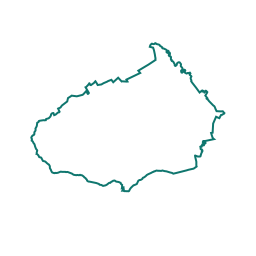 outline of Remetea, Harghita, Romania, rotated 334°
{"feature_id": "2599482B72781380218321", "entity_name": "Remetea", "entity_type": "district", "adm_level": 2, "iso_a3": "ROU", "parent_name": "Romania", "parent_adm1": "Harghita", "projection": "mercator", "projection_center": [25.391, 46.802], "detail": "fine", "context": "isolated", "style": "outline", "palette": "teal", "viewbox_px": 256, "rotation_deg": 334, "n_neighbors": 0, "source": "geoboundaries", "source_scale": "gbopen_adm2", "svg_char_len": 5773}
<svg xmlns="http://www.w3.org/2000/svg" viewBox="0 0 256 256"><g transform="rotate(334 128 128)"><path d="M100.8,185.1L101.5,185.0L102.8,183.9L104.5,183.0L107.9,181.9L108.5,182.1L111.3,182.2L114.2,179.9L115.5,179.8L116.2,180.1L117.1,180.2L118.0,180.1L118.6,180.0L119.2,179.5L119.7,179.3L120.9,179.4L122.9,179.0L124.2,178.5L126.0,178.4L129.2,178.5L130.8,178.4L131.9,178.6L132.4,178.4L133.4,178.7L133.7,178.6L135.1,178.8L136.3,179.7L136.9,179.9L138.1,180.6L139.0,181.1L140.3,181.3L142.0,182.8L143.4,183.7L144.3,184.5L146.2,186.3L147.9,187.7L148.7,188.9L151.3,189.5L161.8,191.7L164.2,192.1L169.2,193.3L172.8,192.7L173.0,191.6L174.4,188.8L174.7,188.1L175.8,183.2L176.2,182.2L176.3,182.2L178.3,184.3L180.2,185.2L180.7,185.2L182.7,183.0L184.5,181.6L184.3,181.1L184.5,181.0L184.6,180.8L185.0,180.6L184.9,180.4L185.0,179.8L184.4,179.3L184.1,178.8L184.4,177.9L184.7,177.4L184.7,177.0L184.8,176.5L185.2,176.4L185.5,176.6L185.9,177.0L186.2,177.0L186.5,176.3L187.4,175.5L187.7,175.3L187.9,175.4L187.9,176.2L188.2,176.7L188.5,176.8L188.8,176.7L189.0,176.4L189.3,175.8L189.3,175.3L189.6,175.0L190.1,175.1L190.5,175.7L191.0,175.6L191.2,175.1L191.0,174.7L190.8,174.6L190.5,174.4L190.4,174.5L189.9,174.6L189.7,174.4L189.6,174.2L189.2,174.1L189.0,173.8L189.0,173.6L189.2,173.3L190.0,172.7L191.6,173.5L200.4,175.7L200.0,174.9L199.8,173.6L200.1,171.4L200.5,168.9L202.0,169.3L206.5,161.3L212.1,156.5L213.4,158.1L214.4,159.2L217.3,157.1L218.5,157.4L220.2,157.1L220.8,156.9L221.1,157.3L221.5,157.6L221.3,157.2L220.9,156.1L220.5,154.5L218.8,153.8L215.0,151.7L215.0,150.3L215.0,149.6L215.2,147.0L215.1,146.2L214.5,145.1L212.5,139.0L212.5,138.3L211.6,136.2L212.4,136.0L211.7,132.8L214.3,131.1L215.0,130.5L214.7,129.5L214.3,129.6L214.2,129.0L213.7,129.1L213.6,128.6L212.9,128.8L213.0,129.3L212.2,129.5L212.0,127.9L211.3,128.0L211.1,127.0L210.4,127.2L210.3,126.9L207.9,127.5L206.9,121.8L205.5,115.2L205.3,113.6L205.6,113.3L205.8,113.1L205.9,112.5L205.9,111.6L206.2,110.6L206.4,110.3L207.3,109.7L207.6,109.4L207.5,108.9L206.8,107.3L206.8,107.0L207.0,106.8L208.0,106.3L208.0,105.9L207.9,105.4L206.4,105.1L205.7,104.7L204.7,104.8L204.5,104.7L203.9,103.9L203.5,103.3L203.4,102.9L203.4,102.6L203.7,102.2L204.6,101.6L204.7,101.3L204.7,101.0L204.6,100.8L203.9,100.1L203.7,100.1L202.9,100.3L202.8,100.6L202.8,101.0L202.6,101.4L201.7,101.8L201.0,102.0L200.5,101.7L200.4,101.5L200.5,100.8L200.7,100.0L201.2,99.6L202.3,99.4L202.5,99.2L203.0,98.4L203.1,97.8L203.0,97.1L202.8,96.5L202.6,96.0L202.6,95.7L202.7,95.2L203.4,94.3L203.6,93.8L203.5,93.2L203.2,91.7L202.6,91.2L202.0,91.1L200.9,91.2L200.3,91.6L199.3,92.7L198.9,92.9L198.0,93.0L197.8,93.0L197.5,92.6L197.5,91.9L197.8,91.4L197.9,91.1L197.9,90.2L197.8,89.9L197.8,88.9L197.7,88.2L197.5,87.8L197.3,87.5L196.8,87.1L196.7,86.5L197.0,86.4L197.1,86.0L196.7,85.3L196.7,84.9L197.7,83.2L197.7,82.6L197.5,82.1L196.7,81.7L196.6,81.3L196.5,80.6L196.7,80.2L196.9,80.0L197.3,80.0L197.8,80.2L198.0,80.1L198.3,79.6L198.5,78.8L198.4,78.4L198.1,78.1L197.7,78.0L197.3,78.2L197.0,78.2L196.7,78.0L196.2,77.4L195.9,76.8L196.0,76.4L196.3,76.2L196.8,76.3L197.0,76.4L197.2,76.7L197.1,77.6L197.4,77.8L197.7,77.6L197.9,77.3L198.1,76.8L198.1,76.4L197.3,76.0L196.7,74.5L196.2,73.8L195.1,72.4L194.5,71.9L194.1,71.7L193.9,71.4L193.9,70.8L194.1,70.5L193.7,69.6L192.8,68.2L192.8,67.4L192.6,66.9L192.0,66.3L190.3,64.9L190.0,63.9L189.5,63.7L188.6,64.0L188.1,63.9L187.1,63.4L186.5,62.7L185.3,62.9L184.8,63.1L184.0,63.7L183.2,64.6L185.8,66.8L185.4,69.6L184.4,73.6L183.6,76.1L183.3,77.4L182.8,78.0L182.6,78.9L174.1,80.0L171.7,80.2L162.4,81.0L163.1,83.9L147.8,83.8L147.9,86.0L147.3,85.8L143.1,83.4L142.7,83.4L141.2,78.5L134.8,80.4L134.2,77.4L130.7,77.1L129.4,77.2L125.7,77.0L123.2,77.2L121.0,76.5L119.6,76.1L119.5,74.1L119.2,71.7L118.8,71.8L117.1,72.6L113.5,73.2L113.0,72.9L113.0,71.2L112.8,70.9L111.3,71.7L108.5,72.8L107.7,72.8L108.2,79.2L107.9,79.6L107.4,79.6L106.9,79.8L106.8,79.7L106.7,78.4L106.4,76.6L103.4,77.8L101.8,78.3L95.9,77.1L91.5,74.2L90.7,74.4L87.2,74.8L85.0,77.5L78.6,78.8L77.9,79.1L76.7,79.8L76.2,80.0L73.7,79.9L73.6,83.4L73.0,83.7L71.7,83.4L68.9,84.2L67.3,84.1L67.5,81.9L66.8,81.6L66.4,81.5L65.6,81.7L64.9,82.0L64.2,82.9L63.2,83.7L62.2,84.1L60.9,84.5L58.7,84.1L58.2,84.1L57.7,84.4L57.5,84.9L56.3,84.5L55.4,83.9L54.1,83.5L51.9,82.8L50.9,82.7L50.2,83.4L48.7,83.5L47.0,86.1L45.7,87.2L44.6,87.9L44.1,89.3L43.4,90.0L42.2,90.6L41.8,91.1L41.5,91.8L41.2,92.1L41.1,92.5L40.7,92.8L40.0,93.0L39.7,92.9L39.2,92.9L38.4,93.3L38.0,93.3L37.6,93.6L36.8,94.4L36.9,95.2L36.7,96.1L36.1,96.7L35.9,97.1L36.2,97.5L36.3,98.0L36.5,98.3L36.5,100.4L36.8,101.1L36.7,102.5L36.4,103.8L36.2,106.3L36.3,107.0L36.5,107.5L36.5,108.5L35.2,110.0L34.8,110.9L34.5,111.2L34.8,111.4L35.5,113.4L35.5,113.8L35.4,114.5L35.5,115.3L36.3,115.9L37.0,116.6L37.1,120.3L37.3,120.5L37.7,120.8L38.7,121.6L39.4,123.0L39.6,123.8L40.6,125.9L40.9,126.2L41.0,127.9L40.7,128.8L40.4,129.3L40.2,129.9L40.2,130.6L40.4,131.5L40.3,131.8L40.2,133.7L40.4,134.7L40.5,134.8L41.3,135.7L42.0,136.3L42.9,136.4L43.5,136.9L45.3,137.5L48.2,137.7L48.5,137.9L49.1,138.2L49.3,138.4L52.4,139.9L52.6,140.2L53.0,140.5L54.2,140.9L54.6,141.2L57.7,144.5L58.0,145.2L58.6,146.1L59.0,146.5L60.3,147.4L60.9,147.8L61.7,147.9L63.3,149.0L64.1,149.0L64.4,149.1L64.6,149.5L65.8,150.2L66.3,151.0L66.9,152.2L67.1,152.8L67.1,153.2L67.8,154.3L68.0,155.5L68.3,156.1L68.3,156.7L68.2,157.2L68.3,157.8L68.9,158.7L69.3,159.0L70.0,159.4L75.3,163.5L77.3,165.5L77.6,166.5L78.6,167.2L79.2,167.6L79.6,168.3L80.1,168.8L80.2,169.1L82.6,169.7L84.0,169.7L86.7,169.1L87.3,169.1L88.0,169.5L89.5,169.0L90.7,169.1L91.4,168.9L91.9,169.0L93.0,169.4L93.9,171.0L95.9,172.4L96.6,173.2L97.0,173.8L97.3,174.0L97.2,175.4L97.8,176.5L97.5,177.0L96.8,178.5L96.2,179.3L97.9,179.4L97.3,181.2L96.6,180.9L95.5,181.8L95.8,181.9L97.0,183.1L100.8,185.1Z" fill="none" stroke="#0f766e" stroke-width="2"/></g></svg>